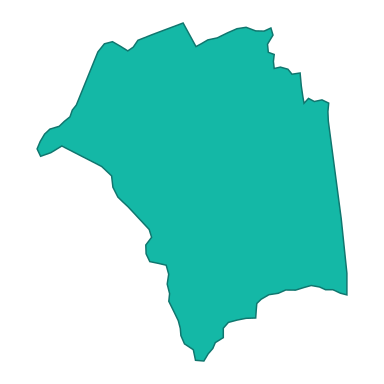 Guarabira, Paraíba, Brazil
{"feature_id": "56859067B2351193324902", "entity_name": "Guarabira", "entity_type": "district", "adm_level": 2, "iso_a3": "BRA", "parent_name": "Brazil", "parent_adm1": "Paraíba", "projection": "robinson", "projection_center": [-35.452, -6.887], "detail": "fine", "context": "isolated", "style": "filled", "palette": "teal", "viewbox_px": 384, "rotation_deg": 0, "n_neighbors": 0, "source": "geoboundaries", "source_scale": "gbopen_adm2", "svg_char_len": 1298}
<svg xmlns="http://www.w3.org/2000/svg" viewBox="0 0 384 384"><path d="M195.5,360.3L203.9,361.0L208.2,353.8L212.8,348.5L215.3,342.6L223.3,337.6L223.3,328.2L228.4,322.4L237.0,320.1L246.1,318.3L255.7,318.0L256.2,310.6L256.8,303.5L261.2,299.2L268.9,294.7L278.2,293.3L285.7,290.0L295.6,290.1L304.0,287.5L311.2,285.5L319.6,287.0L325.5,289.7L332.9,289.7L340.4,293.2L346.9,294.9L346.9,273.3L341.2,218.6L328.3,121.0L327.9,111.6L328.7,103.1L322.0,99.9L314.3,101.5L308.5,98.4L304.0,103.3L302.8,96.3L301.3,86.0L300.1,73.0L292.0,74.2L287.9,69.2L280.4,67.1L274.2,68.5L273.4,61.5L274.2,54.5L268.3,52.3L267.5,44.2L273.0,35.1L270.9,28.0L264.1,31.1L255.7,30.9L246.1,27.3L237.0,28.7L227.4,32.9L217.2,37.9L207.8,39.9L201.7,43.5L196.0,46.6L183.1,23.0L152.0,34.7L137.9,40.3L133.3,47.1L127.8,50.9L120.3,46.2L112.5,41.7L104.4,43.8L97.9,51.9L76.3,105.1L72.3,110.1L70.0,116.8L64.4,121.3L59.2,126.3L49.9,129.1L44.6,134.1L40.2,141.5L37.1,148.9L40.6,156.3L50.8,152.7L61.8,146.0L101.7,166.5L111.6,175.9L112.9,187.2L117.9,197.1L122.5,201.6L128.0,206.7L149.2,229.5L151.6,237.3L145.8,245.0L146.1,253.8L149.8,261.6L158.5,263.4L166.2,265.2L168.7,274.2L167.2,284.1L169.6,293.6L168.8,301.3L174.1,312.0L178.3,320.7L180.3,328.4L180.9,335.6L184.5,343.9L193.3,349.7L195.5,360.3Z" fill="#14b8a6" stroke="#0f766e" stroke-width="1.5"/></svg>